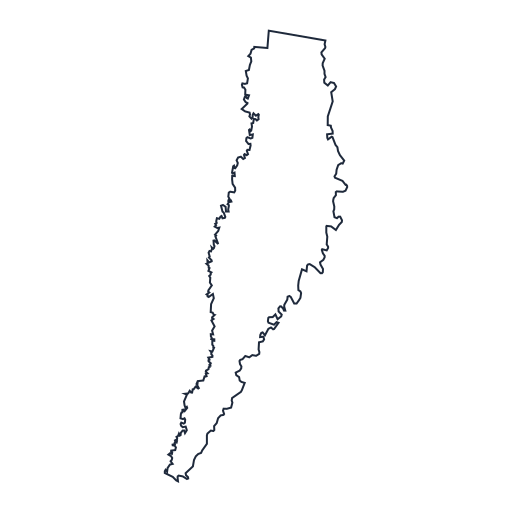 outline of San José La Máquina, Suchitepéquez, Guatemala
{"feature_id": "79465075B14696818502524", "entity_name": "San José La Máquina", "entity_type": "district", "adm_level": 2, "iso_a3": "GTM", "parent_name": "Guatemala", "parent_adm1": "Suchitepéquez", "projection": "equal_earth", "projection_center": [-91.607, 14.266], "detail": "fine", "context": "isolated", "style": "outline", "palette": "slate", "viewbox_px": 512, "rotation_deg": 0, "n_neighbors": 0, "source": "geoboundaries", "source_scale": "gbopen_adm2", "svg_char_len": 6078}
<svg xmlns="http://www.w3.org/2000/svg" viewBox="0 0 512 512"><path d="M254.3,46.9L254.2,48.4L251.6,49.8L250.5,53.7L248.3,56.1L250.9,57.6L251.3,61.4L249.9,64.9L248.9,70.0L245.8,71.0L246.6,75.7L247.9,78.4L247.1,83.3L244.9,83.9L242.4,83.4L241.9,84.8L242.6,87.4L244.0,87.5L245.4,89.7L245.2,94.6L249.0,95.3L247.8,98.6L246.8,98.1L245.7,96.2L244.8,96.9L243.9,99.5L245.6,102.1L247.5,103.0L247.4,103.6L241.7,109.0L245.1,111.4L249.6,112.6L250.0,114.5L249.4,116.4L251.5,118.7L252.6,117.5L252.7,114.9L253.5,113.3L255.9,115.7L258.3,114.1L258.8,114.7L258.3,117.1L258.6,119.2L256.9,120.5L255.5,119.1L253.8,119.0L253.2,123.0L251.5,123.4L252.0,126.5L251.2,130.6L250.6,131.1L249.6,129.5L249.0,130.0L249.8,135.1L252.8,134.4L252.4,137.8L250.7,138.5L247.4,137.2L246.4,138.1L246.1,141.0L248.5,144.0L250.4,143.8L250.6,145.5L249.5,150.0L247.4,149.8L246.8,150.7L248.0,154.2L246.7,155.2L244.6,154.1L244.0,154.9L244.9,158.0L243.2,159.0L240.9,156.7L238.1,157.5L236.6,160.3L237.8,163.0L237.2,165.4L235.2,168.3L234.5,168.1L234.0,165.7L233.2,166.3L232.0,172.8L232.8,173.5L234.5,172.6L234.8,176.1L232.2,175.8L232.1,179.4L232.6,183.9L235.1,187.7L235.2,190.7L234.2,192.4L230.2,191.7L228.8,192.6L228.3,196.6L229.9,199.6L228.7,199.7L228.4,200.6L230.9,200.4L231.4,201.6L228.8,202.2L227.6,204.2L228.6,204.7L228.9,205.8L228.2,209.4L228.6,211.5L226.0,211.5L225.6,206.8L223.0,205.0L221.0,205.7L222.5,211.6L223.7,212.5L225.3,216.9L224.8,217.9L222.5,218.3L221.5,216.0L220.5,216.6L219.3,218.8L216.9,218.2L216.2,221.3L216.7,222.9L215.2,223.8L216.1,225.1L214.7,226.6L217.3,228.0L219.3,227.6L218.2,231.0L215.0,234.7L216.1,235.6L215.4,236.4L218.2,244.0L214.3,240.4L213.5,240.6L213.8,244.7L214.5,246.1L213.9,248.1L213.2,248.8L211.8,247.5L212.1,248.6L211.0,251.4L209.5,251.0L208.6,252.7L209.7,256.5L208.9,257.5L211.6,260.3L211.7,261.3L209.2,262.4L207.4,260.3L207.6,263.4L206.5,263.8L208.6,265.6L208.7,267.7L209.5,268.1L208.4,270.9L211.4,272.4L210.7,273.2L210.7,274.6L209.2,276.0L210.3,277.7L209.9,282.6L211.8,285.4L208.4,290.3L208.2,291.6L209.3,292.5L206.6,294.4L207.7,295.2L207.6,296.4L208.7,297.0L212.9,294.0L213.8,298.2L211.1,304.1L210.7,312.1L212.7,312.7L213.8,314.8L214.6,315.0L212.1,317.3L212.1,318.1L213.5,319.0L211.4,320.4L214.6,326.4L212.1,330.6L213.1,334.4L210.8,334.2L210.9,336.4L211.7,337.8L211.3,339.0L214.3,339.3L214.3,340.8L212.3,340.6L212.3,344.7L213.4,346.1L213.3,347.6L214.0,347.8L212.4,351.5L210.4,351.1L211.5,352.7L211.2,354.0L212.5,355.7L212.4,356.9L208.3,357.6L209.5,359.7L208.5,360.2L208.6,361.3L210.7,363.2L210.2,363.7L210.4,365.4L209.5,365.2L209.7,366.9L208.8,367.2L208.5,369.2L206.0,370.6L205.8,371.5L207.5,373.3L205.8,373.6L206.6,376.2L205.0,376.7L204.8,375.6L203.3,380.5L197.8,381.1L197.4,384.5L196.8,383.3L196.5,384.0L198.8,388.1L198.2,388.5L195.6,386.6L193.6,389.3L192.7,389.3L192.1,392.6L191.2,392.6L189.7,390.8L188.2,393.4L184.9,393.8L186.9,394.7L184.0,401.5L184.6,405.5L185.5,407.8L186.8,406.8L187.2,407.9L184.5,411.3L183.8,410.9L183.7,409.6L182.4,409.8L182.4,412.4L181.4,412.6L180.9,414.0L180.5,418.3L183.0,419.1L184.5,418.3L185.2,419.6L184.9,422.7L183.7,423.6L181.3,422.6L180.6,424.0L181.1,425.7L182.7,427.2L185.7,426.6L186.8,430.2L185.0,433.1L184.2,430.5L182.7,430.5L180.8,432.8L180.6,435.1L179.8,435.6L178.9,433.7L178.1,435.9L176.5,436.9L177.2,438.0L177.0,439.3L175.0,440.4L175.5,441.4L176.9,441.3L176.6,442.6L175.0,442.1L174.6,442.9L174.9,444.1L172.6,444.6L172.7,445.3L174.8,445.7L175.9,447.5L175.2,450.1L171.2,450.6L171.1,451.3L172.2,452.5L171.9,453.9L170.1,453.2L168.4,454.6L171.1,456.2L172.2,458.0L171.8,459.8L170.6,461.2L172.6,463.9L169.9,464.6L167.6,468.0L167.1,471.6L165.6,469.8L164.8,471.2L164.8,473.0L172.8,476.9L176.2,480.4L178.0,481.3L177.6,477.9L177.7,476.4L178.7,475.6L182.8,476.4L186.9,479.0L188.2,478.5L188.0,477.1L186.0,475.2L185.6,473.2L192.9,466.4L194.0,460.0L195.8,456.3L198.2,454.0L201.1,452.9L202.2,450.4L206.9,443.8L206.9,435.4L207.4,433.6L210.8,430.6L213.4,431.0L214.3,430.0L214.1,426.1L216.7,423.1L218.1,418.2L220.7,415.4L223.5,414.9L224.1,414.0L223.0,410.7L223.6,408.7L226.8,408.8L231.1,407.6L232.4,402.6L231.7,400.5L232.1,398.0L240.9,391.9L241.9,390.1L244.7,382.9L241.4,381.9L239.7,380.5L239.1,377.1L236.3,375.2L235.7,372.6L239.7,370.6L241.2,368.4L241.4,366.4L240.0,364.1L239.5,361.0L240.2,359.9L242.5,359.2L245.3,356.0L249.3,357.3L252.3,355.1L256.1,355.8L259.2,353.9L259.4,352.1L258.6,349.5L259.0,342.3L262.8,341.4L264.1,339.4L263.4,336.7L260.1,337.1L260.3,334.9L261.3,332.9L262.6,332.4L265.0,335.2L268.4,328.8L271.0,327.5L273.1,329.3L274.1,329.0L278.5,322.8L276.6,322.1L274.0,324.7L268.5,322.7L267.9,321.2L268.3,317.9L269.1,317.2L272.7,317.1L275.4,314.4L277.6,319.2L281.2,316.4L281.7,314.6L278.6,311.5L278.4,308.4L280.1,306.3L281.0,306.3L283.1,308.5L284.0,310.6L285.3,310.6L284.2,306.7L284.3,304.8L287.3,299.6L287.6,296.7L289.4,296.0L290.8,297.0L294.2,303.5L296.6,303.5L298.9,300.3L300.4,297.9L301.1,293.1L300.4,291.4L298.4,290.1L298.2,285.5L298.7,280.9L302.0,269.3L306.5,271.3L307.1,265.5L308.1,264.4L309.7,264.1L314.7,267.2L320.5,273.2L322.0,273.2L322.8,272.2L323.0,269.0L320.5,264.6L320.0,262.3L323.3,259.9L324.6,257.4L324.7,255.9L322.9,253.3L321.8,249.9L322.2,249.2L326.7,250.4L328.1,247.9L328.1,246.7L326.7,244.4L327.3,236.7L326.3,232.6L326.3,226.5L326.6,225.9L331.1,226.4L335.9,230.0L339.0,224.9L341.8,222.0L342.0,220.3L340.2,216.7L338.5,216.7L337.0,218.2L334.5,217.2L333.4,211.3L334.2,209.4L334.3,206.6L333.1,201.3L333.3,199.7L333.7,198.0L335.9,195.2L335.8,192.1L336.7,191.4L342.9,191.8L345.5,190.7L347.2,187.1L347.1,185.9L346.3,184.7L345.6,184.9L342.5,180.9L335.0,177.7L334.5,176.4L336.2,173.7L336.6,169.7L338.2,165.1L341.2,163.2L342.7,163.6L344.2,160.6L339.9,155.1L338.0,151.0L337.4,147.2L335.5,144.9L332.5,137.1L331.7,136.7L328.0,139.4L327.3,137.9L327.1,134.3L332.7,133.6L332.6,131.0L331.0,127.5L330.8,125.7L327.7,125.1L327.8,116.4L332.7,101.4L331.2,92.2L334.9,89.2L336.1,86.5L334.0,83.0L330.6,82.2L327.8,85.5L324.3,82.7L324.1,79.6L325.6,77.1L324.5,73.9L324.5,70.8L322.6,65.5L322.7,63.2L324.7,58.7L321.6,54.4L321.4,52.4L325.1,48.1L325.4,47.0L324.6,44.2L325.4,40.5L268.8,30.7L267.4,48.0L254.3,46.9Z" fill="none" stroke="#1e293b" stroke-width="2"/></svg>